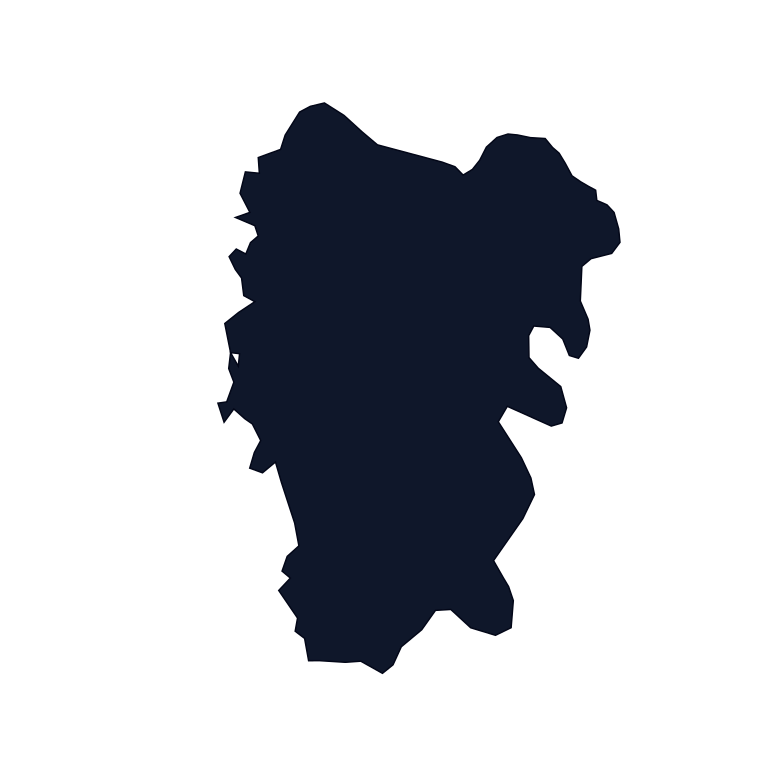 Faxinalzinho, Rio Grande do Sul, Brazil (Equal Earth projection), rotated 200°
{"feature_id": "56859067B37112231790828", "entity_name": "Faxinalzinho", "entity_type": "district", "adm_level": 2, "iso_a3": "BRA", "parent_name": "Brazil", "parent_adm1": "Rio Grande do Sul", "projection": "equal_earth", "projection_center": [-52.674, -27.37], "detail": "fine", "context": "isolated", "style": "filled", "palette": "ink", "viewbox_px": 768, "rotation_deg": 200, "n_neighbors": 0, "source": "geoboundaries", "source_scale": "gbopen_adm2", "svg_char_len": 1611}
<svg xmlns="http://www.w3.org/2000/svg" viewBox="0 0 768 768"><g transform="rotate(200 384 384)"><path d="M536.1,627.7L548.2,619.7L556.3,610.7L562.0,584.1L561.4,569.1L579.6,553.8L573.2,539.4L586.8,535.9L584.5,514.0L568.7,499.4L580.5,489.7L559.5,488.6L552.8,480.1L557.8,471.2L558.3,458.9L569.0,460.3L573.1,450.7L562.9,440.8L554.1,434.9L546.0,419.1L533.5,417.2L545.1,401.5L554.3,386.4L538.9,361.0L535.2,345.4L525.7,334.4L525.7,313.4L533.5,309.2L521.2,293.4L516.6,309.2L503.0,303.8L494.0,301.4L480.5,288.7L482.4,275.3L481.4,259.0L467.8,259.0L459.3,273.6L446.7,256.4L420.4,222.8L408.6,202.8L416.0,188.9L415.8,173.3L405.6,169.6L412.3,154.0L385.2,134.5L382.9,121.3L371.6,117.8L360.2,98.2L349.9,102.0L325.1,109.3L311.0,115.6L286.5,111.6L279.5,123.2L277.9,143.0L264.5,166.0L258.2,188.9L244.1,195.0L219.2,184.6L193.3,186.0L181.2,198.5L188.4,224.7L197.6,236.2L205.7,242.8L220.7,255.5L207.5,304.9L204.8,331.6L213.8,345.9L229.7,361.7L263.7,387.6L260.5,405.2L212.4,401.7L203.4,408.3L204.3,424.1L217.0,442.0L244.5,451.6L256.8,458.4L264.6,478.9L263.1,489.7L247.3,494.0L231.4,487.4L219.6,474.2L210.1,474.7L206.3,488.1L208.9,505.0L214.4,514.7L227.9,529.1L238.3,562.2L232.3,572.6L214.7,584.6L210.7,597.8L216.5,610.0L226.5,623.9L235.7,628.6L246.8,629.3L251.4,638.5L259.6,639.7L268.4,641.3L278.5,643.9L289.4,653.6L298.4,660.8L306.5,663.9L316.5,669.8L330.6,665.6L343.6,663.7L353.0,661.3L362.1,654.3L368.8,641.6L370.6,627.0L374.3,615.9L381.1,607.4L391.5,612.4L405.1,612.4L472.0,606.5L491.0,613.5L513.4,622.7L536.1,627.7ZM538.9,361.0L530.1,363.1L527.0,350.9L538.9,361.0Z" fill="#0f172a" stroke="#020617" stroke-width="1.5"/></g></svg>